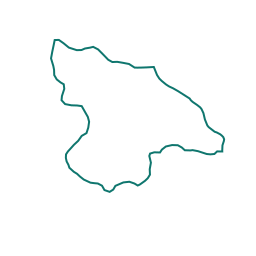 Ryongrim, Chagang-do, North Korea (orthographic projection), rotated 288°
{"feature_id": "82179303B90804961571919", "entity_name": "Ryongrim", "entity_type": "district", "adm_level": 2, "iso_a3": "PRK", "parent_name": "North Korea", "parent_adm1": "Chagang-do", "projection": "orthographic", "projection_center": [126.759, 40.48], "detail": "fine", "context": "isolated", "style": "outline", "palette": "teal", "viewbox_px": 256, "rotation_deg": 288, "n_neighbors": 0, "source": "geoboundaries", "source_scale": "gbopen_adm2", "svg_char_len": 1619}
<svg xmlns="http://www.w3.org/2000/svg" viewBox="0 0 256 256"><g transform="rotate(288 128 128)"><path d="M194.0,133.7L191.6,127.5L189.9,122.9L188.3,118.3L187.5,115.6L189.2,109.2L188.4,102.8L187.6,97.3L185.9,92.7L186.8,88.1L190.2,81.7L193.5,75.3L194.4,69.8L192.7,67.1L190.3,62.5L187.8,59.7L186.2,55.2L186.2,51.5L186.2,48.8L186.2,46.9L188.7,40.5L190.4,35.0L189.0,31.1L183.8,31.7L177.2,32.4L170.4,33.3L163.9,37.8L160.5,39.7L155.5,41.5L152.2,45.2L150.5,49.8L149.7,53.4L145.5,55.3L141.3,55.3L138.0,55.3L133.9,56.2L131.3,60.8L132.1,67.2L133.7,72.7L134.5,77.2L130.3,81.8L126.1,86.4L121.9,89.1L116.1,90.1L110.3,90.1L106.2,86.4L100.4,84.6L95.4,81.8L91.3,80.0L87.1,78.1L83.8,77.2L80.5,78.1L79.9,78.4L77.2,80.0L74.6,82.7L72.1,84.5L69.6,90.0L68.7,93.7L67.0,97.3L65.3,101.9L64.4,109.2L65.1,112.9L65.9,116.5L65.1,121.1L61.7,124.8L61.6,130.3L64.9,133.0L69.1,133.9L74.8,140.4L77.3,145.9L77.2,151.3L76.3,155.0L77.1,155.9L78.0,156.8L83.0,160.5L86.3,162.3L90.4,163.3L95.5,161.4L102.1,160.5L108.0,156.9L110.5,156.9L113.0,160.5L114.6,166.0L117.9,166.9L122.1,169.7L125.4,175.2L127.0,180.7L126.1,185.2L124.4,188.9L126.0,194.4L126.9,196.2L127.6,201.7L127.6,207.2L127.6,210.9L128.4,214.5L130.0,218.2L133.3,220.0L134.1,222.8L134.8,224.9L135.3,224.7L140.7,223.2L145.2,223.2L147.0,222.9L148.8,221.4L149.8,219.5L150.5,217.7L151.2,213.7L151.2,211.6L153.7,204.6L154.9,202.7L159.9,198.5L165.5,195.1L168.7,192.1L169.9,190.3L171.2,186.8L172.8,181.4L173.8,179.2L175.1,177.5L175.3,176.7L178.5,164.3L179.7,158.5L180.2,154.4L180.7,152.4L181.2,150.6L183.2,145.5L184.7,142.5L187.4,139.2L194.0,133.7Z" fill="none" stroke="#0f766e" stroke-width="2"/></g></svg>